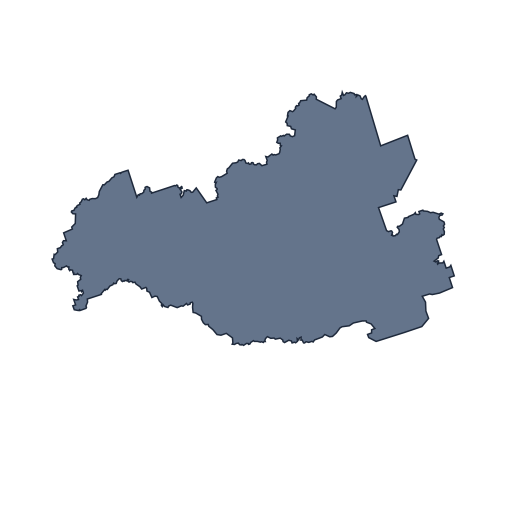 Tablelands, Queensland, Australia (orthographic projection), rotated 246°
{"feature_id": "25037944B5935933559707", "entity_name": "Tablelands", "entity_type": "district", "adm_level": 2, "iso_a3": "AUS", "parent_name": "Australia", "parent_adm1": "Queensland", "projection": "orthographic", "projection_center": [145.481, -17.834], "detail": "fine", "context": "isolated", "style": "filled", "palette": "slate", "viewbox_px": 512, "rotation_deg": 246, "n_neighbors": 0, "source": "geoboundaries", "source_scale": "gbopen_adm2", "svg_char_len": 6101}
<svg xmlns="http://www.w3.org/2000/svg" viewBox="0 0 512 512"><g transform="rotate(246 256 256)"><path d="M336.1,68.5L332.2,68.3L330.8,69.4L328.8,68.2L325.3,69.2L322.8,72.3L322.9,73.1L324.4,73.8L323.8,75.4L324.0,78.9L322.7,79.3L322.2,80.6L320.1,79.6L318.4,79.9L318.9,80.8L317.6,82.6L315.0,82.0L314.6,82.6L313.3,81.9L312.1,84.8L312.6,85.9L311.3,86.3L309.2,88.4L307.9,86.8L306.0,86.4L305.1,82.6L301.8,81.6L301.5,80.5L296.0,80.0L295.5,82.3L294.4,82.2L295.1,83.6L292.3,83.3L290.8,80.5L292.0,79.9L292.2,78.2L291.1,77.8L291.2,76.4L288.4,76.2L288.9,73.9L290.5,71.8L284.7,71.3L285.0,68.4L280.8,68.1L278.4,71.6L278.7,73.0L277.8,72.9L277.3,79.4L278.1,80.3L279.5,80.3L282.4,83.4L285.3,84.4L283.8,99.1L284.4,99.1L286.9,104.1L286.1,104.3L286.6,105.6L285.9,106.5L288.0,110.3L288.0,113.5L289.1,115.0L288.2,115.5L287.8,117.1L289.7,118.9L290.9,121.8L290.1,123.2L288.3,122.9L287.0,123.6L287.2,124.6L286.6,125.2L287.0,126.3L286.0,127.7L286.8,129.3L286.3,130.0L285.1,128.7L283.8,129.4L283.9,130.9L283.0,132.4L281.8,132.6L281.3,134.8L279.4,134.9L275.1,137.5L272.3,138.1L272.1,142.6L270.9,143.0L268.3,142.1L266.2,144.0L260.4,144.0L260.4,147.4L259.2,149.3L254.1,149.4L250.9,150.6L249.5,149.5L247.9,149.8L249.2,151.3L247.2,151.8L244.8,154.6L245.8,156.1L245.8,158.1L240.9,163.0L240.8,167.5L239.8,169.0L240.9,173.2L239.1,173.6L238.9,176.3L240.0,177.0L239.7,179.0L238.5,179.1L235.0,177.2L230.0,175.6L228.6,177.6L223.1,181.6L220.4,180.5L216.5,180.7L213.9,181.8L212.9,184.5L211.0,184.3L206.2,186.7L200.1,188.4L197.9,191.8L197.4,197.4L190.8,201.2L186.2,199.6L185.1,198.4L183.9,200.5L184.2,202.1L183.6,204.4L181.6,205.0L180.7,206.4L180.9,207.2L179.4,208.3L180.0,211.7L179.1,213.4L178.3,213.3L178.1,214.6L179.2,216.1L179.7,219.3L178.7,219.7L177.4,222.6L175.5,225.0L175.5,226.1L174.0,227.6L174.6,228.5L174.1,229.7L175.3,229.8L176.7,231.1L177.7,233.6L174.8,236.0L173.7,239.1L172.2,239.8L171.1,244.7L168.4,246.3L166.8,245.9L165.3,246.9L165.7,251.7L163.9,253.8L161.9,253.6L161.6,256.1L160.6,256.9L161.2,259.2L163.8,260.0L161.9,260.9L163.6,262.4L163.5,264.2L160.9,262.8L160.4,264.0L157.3,264.1L156.8,265.0L157.3,266.9L155.6,269.1L155.3,272.4L154.2,273.2L155.5,275.4L155.0,283.7L156.3,286.9L152.2,290.5L151.4,293.2L153.0,298.0L156.1,303.4L156.4,305.8L154.3,312.8L155.2,317.7L153.4,326.7L151.9,330.2L150.6,330.0L147.2,333.5L141.4,335.1L141.6,331.6L138.7,330.3L139.0,326.0L135.6,325.8L129.1,331.0L125.8,360.4L124.1,378.8L128.8,388.3L136.6,388.8L144.9,392.1L151.6,391.5L150.7,399.2L149.1,401.3L147.5,408.6L147.2,422.7L157.7,423.8L157.2,429.0L168.2,430.2L167.2,428.6L167.6,424.8L174.8,425.5L173.7,423.9L175.1,420.4L174.7,418.6L175.6,418.8L176.1,420.2L177.2,420.8L177.8,419.8L177.4,417.8L178.9,416.6L180.1,421.7L182.0,423.0L181.8,426.1L197.8,427.7L198.6,428.7L198.2,431.1L199.1,432.3L198.4,433.2L199.8,434.5L198.9,435.0L199.2,436.7L201.6,438.0L204.5,438.1L205.4,439.6L207.2,439.4L208.3,441.2L210.6,441.6L215.0,438.4L217.0,438.8L218.3,440.6L217.7,442.7L218.5,443.9L219.9,442.6L219.8,440.2L223.9,435.6L224.6,433.0L227.0,430.9L229.1,427.2L230.0,427.1L230.4,422.9L227.9,422.7L227.7,421.5L229.0,419.0L230.8,419.2L229.9,417.2L230.0,411.3L229.4,410.7L230.2,407.0L225.6,402.8L224.8,398.8L225.5,397.7L224.9,396.7L221.9,397.5L219.7,396.7L218.1,393.9L218.7,393.3L217.9,391.5L218.5,389.4L219.6,389.3L219.2,389.0L219.8,388.3L222.0,390.3L223.6,390.1L224.1,389.6L224.4,386.9L226.1,385.6L250.4,387.6L248.5,405.9L254.9,406.5L253.1,409.0L258.7,413.0L257.4,415.2L278.3,441.9L279.8,440.6L304.6,443.6L305.9,414.7L357.4,421.4L358.0,421.1L357.3,419.2L355.8,416.9L356.9,416.1L359.9,416.2L361.7,414.6L360.9,412.5L362.6,413.5L363.2,411.6L364.5,411.7L367.1,408.7L367.0,406.8L368.3,405.0L367.1,402.8L367.1,401.3L370.5,401.4L368.2,399.8L367.8,398.0L365.1,397.8L365.4,394.1L364.5,392.3L359.2,389.8L358.3,388.1L374.7,374.8L376.8,375.9L380.2,374.9L379.9,373.7L381.7,372.4L381.6,370.2L380.7,369.9L379.8,367.1L377.8,365.7L379.7,360.0L378.1,358.0L378.1,357.0L376.3,356.7L376.2,355.1L376.9,354.2L375.9,352.5L374.7,352.3L373.2,349.3L373.0,348.1L375.0,346.1L374.2,343.7L371.2,341.7L370.9,342.3L370.4,341.9L366.4,337.6L364.5,338.4L362.4,337.6L360.3,340.4L357.8,340.1L355.2,343.2L350.2,340.2L350.2,337.8L351.7,336.2L353.6,336.0L354.8,333.6L354.2,330.5L355.0,330.1L355.0,327.8L355.7,327.4L355.2,323.6L353.2,323.0L351.4,321.2L349.9,322.2L349.1,324.0L347.1,323.2L346.3,324.0L345.1,321.8L343.5,321.5L340.9,319.7L340.1,318.6L340.3,315.1L341.3,313.8L341.2,312.7L342.7,312.0L341.6,307.1L342.9,305.4L338.7,305.1L337.5,303.8L335.4,303.3L336.1,298.1L339.2,296.8L339.7,295.0L339.1,293.5L339.9,291.8L341.0,291.0L342.0,291.4L342.8,290.8L343.1,289.8L342.1,288.8L342.5,287.2L344.1,287.0L343.9,286.2L345.0,284.6L347.8,284.8L349.0,284.3L349.7,282.9L349.2,281.3L350.7,279.2L349.3,277.6L349.3,275.6L350.3,272.3L347.6,267.1L347.3,265.3L345.4,263.6L343.3,263.3L342.5,256.8L342.8,254.5L344.1,253.4L343.4,251.5L340.2,248.2L339.3,248.6L339.3,249.5L337.7,247.8L335.4,246.9L333.4,247.9L332.5,247.5L332.2,246.1L327.9,246.4L326.5,245.1L325.2,245.3L325.2,243.4L323.5,243.2L324.6,232.6L342.5,229.1L340.0,224.1L340.5,222.7L342.6,222.2L344.2,220.6L344.6,219.6L343.7,218.8L344.9,217.1L341.1,214.2L339.9,211.4L343.3,211.7L343.2,212.9L344.6,214.4L347.7,213.8L348.0,216.2L349.4,216.2L349.9,216.9L349.0,213.8L350.8,212.7L352.3,213.1L353.1,212.5L352.8,211.2L353.5,210.2L355.9,186.2L356.7,186.6L358.4,185.5L361.5,186.5L363.8,184.7L363.9,183.5L363.8,182.6L362.2,182.0L361.6,180.3L360.1,179.5L359.4,177.3L359.9,175.3L359.0,174.3L359.9,173.4L358.1,171.0L386.4,174.0L387.1,167.5L386.6,165.9L387.3,165.8L387.9,160.3L386.1,158.5L386.0,156.1L384.0,152.0L384.2,150.0L382.7,146.4L383.4,145.1L378.7,139.1L375.8,137.3L373.8,135.1L373.7,132.6L375.1,129.7L375.4,127.2L374.7,126.2L376.1,124.6L377.8,124.3L377.0,122.5L378.4,121.7L378.5,120.5L376.6,118.3L376.1,116.5L374.8,116.2L374.8,113.5L374.2,112.1L373.4,112.0L373.5,110.3L371.8,108.3L372.1,105.9L371.3,105.2L369.1,105.9L367.8,108.3L359.2,104.1L357.4,99.4L355.3,99.2L355.4,89.7L347.1,88.9L348.3,86.4L347.0,84.6L344.9,84.6L344.4,83.8L344.4,82.6L343.2,80.7L343.5,77.5L340.3,76.5L339.0,73.1L339.7,72.3L335.9,70.0L336.1,68.5Z" fill="#64748b" stroke="#1e293b" stroke-width="1.5"/></g></svg>